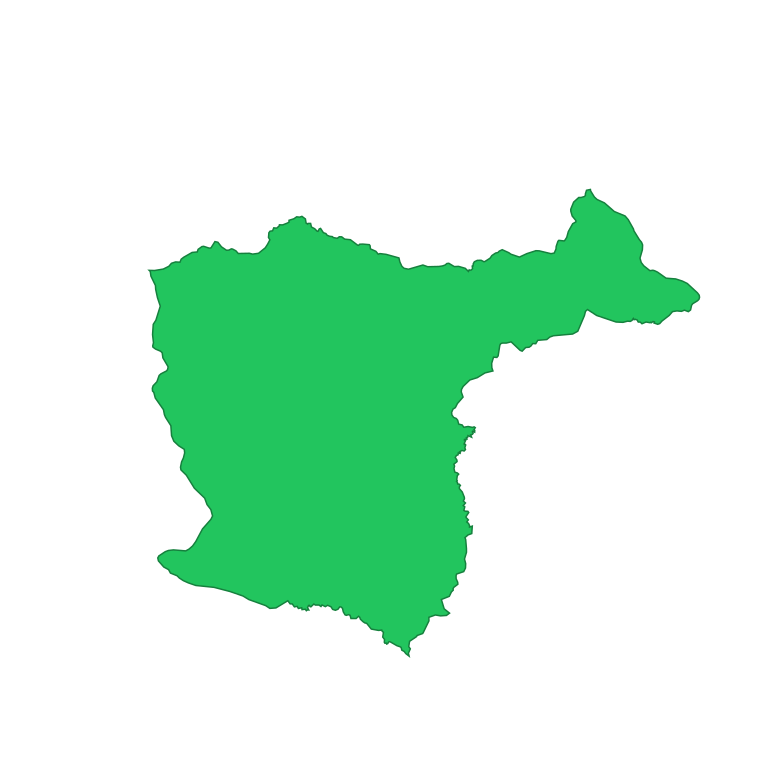 the district of Riosucio, Caldas, Colombia, rotated 292°
{"feature_id": "7082276B83687707691324", "entity_name": "Riosucio", "entity_type": "district", "adm_level": 2, "iso_a3": "COL", "parent_name": "Colombia", "parent_adm1": "Caldas", "projection": "orthographic", "projection_center": [-75.735, 5.434], "detail": "fine", "context": "isolated", "style": "filled", "palette": "green", "viewbox_px": 768, "rotation_deg": 292, "n_neighbors": 0, "source": "geoboundaries", "source_scale": "gbopen_adm2", "svg_char_len": 6159}
<svg xmlns="http://www.w3.org/2000/svg" viewBox="0 0 768 768"><g transform="rotate(292 384 384)"><path d="M401.4,123.7L400.8,125.1L396.7,127.5L389.7,135.2L386.3,136.8L379.2,141.6L372.4,147.4L357.7,148.6L352.9,147.7L343.1,150.9L335.9,154.8L332.6,155.3L331.6,156.0L330.8,159.1L330.7,164.6L329.9,166.6L325.4,169.2L319.1,177.4L316.5,177.9L314.7,177.5L309.8,173.3L307.7,172.3L301.0,172.6L295.9,170.6L293.3,170.8L290.8,172.0L290.0,173.7L285.3,177.2L277.6,189.1L273.3,191.9L271.2,194.0L265.5,202.0L256.5,206.4L252.2,210.6L249.8,216.8L248.6,223.3L245.4,225.0L240.3,225.7L235.9,225.5L230.6,226.5L228.3,227.9L225.4,234.9L216.3,247.3L211.0,260.5L205.9,265.1L202.7,270.5L197.4,274.5L193.6,274.2L181.6,270.0L167.5,268.5L162.1,267.2L157.8,265.0L155.0,262.7L151.3,250.9L148.9,246.5L146.6,244.0L140.4,239.7L138.0,239.4L135.5,241.1L131.8,248.4L131.2,253.8L128.7,256.8L128.7,264.0L127.4,267.0L126.5,271.7L126.3,277.1L126.7,285.0L131.8,302.6L133.9,318.9L134.6,332.6L133.5,339.5L134.2,357.3L133.2,362.2L135.9,367.7L147.0,376.0L145.0,379.3L145.7,381.4L143.8,384.4L145.3,386.8L143.8,388.7L145.7,391.5L144.1,392.5L145.7,395.4L144.7,396.9L145.9,397.7L146.3,398.9L148.0,396.9L150.4,397.0L150.8,397.7L149.9,398.9L150.0,399.7L153.7,401.4L153.3,403.1L154.7,406.5L154.1,408.9L155.9,409.3L155.6,413.0L157.7,414.6L157.6,418.3L155.8,420.8L156.0,423.7L157.9,425.7L160.7,426.4L161.2,427.5L160.5,429.5L157.5,431.6L155.4,434.3L155.4,435.7L156.9,437.6L156.8,439.2L154.2,441.2L156.1,446.0L159.1,447.4L158.6,448.9L157.1,450.2L155.8,453.5L155.3,455.7L155.6,457.6L152.0,464.0L153.5,471.3L155.0,474.1L154.0,475.0L153.6,476.5L148.9,477.6L147.3,480.2L144.7,481.0L144.0,481.9L144.6,483.2L143.9,483.9L144.7,484.7L146.7,485.0L147.3,486.1L146.2,494.0L146.4,497.6L146.1,498.6L143.9,500.2L143.6,502.9L142.2,505.2L141.1,509.2L143.5,507.5L148.3,507.6L149.8,505.3L155.0,504.1L162.0,508.8L163.2,508.9L167.1,513.3L168.0,513.5L181.2,514.4L184.5,513.0L189.1,518.2L190.2,523.3L192.8,528.6L196.1,530.6L198.1,524.0L205.7,517.9L211.6,524.1L216.4,524.4L218.8,525.4L220.1,524.7L221.6,524.9L226.0,527.5L227.8,526.6L230.5,523.8L233.3,522.6L235.0,522.5L239.9,528.2L243.9,528.5L248.1,527.0L251.9,524.2L258.9,523.5L262.3,522.1L270.4,518.0L271.9,516.6L275.6,518.5L278.2,521.4L285.3,519.1L283.4,516.9L284.7,516.4L286.4,514.6L287.1,512.4L289.6,513.1L291.0,510.1L291.7,509.7L296.6,510.7L297.4,509.4L296.5,507.0L296.7,505.4L300.4,504.9L300.9,503.0L304.2,504.1L305.2,501.4L307.7,501.6L309.1,500.9L313.2,497.0L315.2,493.1L316.8,492.4L318.6,492.8L319.3,491.2L318.9,489.8L320.4,488.8L320.8,487.8L321.8,488.1L322.5,487.3L326.4,486.3L328.4,487.0L329.0,485.4L328.8,482.7L331.9,480.5L334.3,480.2L335.8,478.8L339.4,480.8L340.8,480.1L342.5,477.6L344.8,477.9L346.1,479.2L348.0,478.7L348.1,480.5L348.8,480.6L349.5,479.5L351.6,481.2L351.9,483.4L353.7,484.1L355.2,482.8L358.1,482.6L358.5,481.9L358.0,481.1L358.6,480.7L362.5,480.8L362.1,479.6L362.7,479.4L364.1,481.6L365.2,480.5L366.1,481.5L367.6,481.2L367.5,485.1L369.3,483.4L370.4,484.8L371.6,485.1L372.8,483.8L373.4,483.9L373.3,486.1L375.0,485.5L375.2,484.5L377.7,485.0L378.0,483.6L376.9,482.3L376.1,477.9L373.8,474.2L375.3,471.8L374.8,468.3L378.0,465.9L379.1,463.9L379.1,461.0L380.8,458.5L383.1,457.3L386.6,457.4L388.8,459.0L393.4,459.4L401.5,462.2L405.6,458.6L408.0,457.9L411.4,458.3L419.9,462.1L424.8,468.1L432.1,473.5L436.9,480.1L439.5,477.9L443.5,476.1L449.9,475.5L450.9,478.7L452.8,479.3L463.2,476.9L464.9,477.0L466.3,478.4L467.8,482.1L470.7,486.1L466.2,497.6L466.2,499.8L470.9,501.7L472.5,504.8L474.3,506.0L477.2,506.7L478.2,509.6L482.1,510.2L486.2,518.3L489.6,520.1L492.2,523.0L501.0,540.2L505.5,543.9L522.4,544.2L526.9,543.6L529.3,544.8L527.2,555.5L528.4,575.9L530.7,582.5L533.5,586.3L534.3,588.9L535.8,590.1L538.2,590.6L537.3,591.8L538.1,592.6L538.2,594.7L536.7,596.5L537.4,598.4L536.5,600.6L539.6,603.7L540.5,607.8L541.2,608.2L541.0,609.0L542.7,610.0L542.9,611.4L541.7,611.5L541.9,615.4L543.3,617.0L546.6,618.2L554.5,622.8L559.2,624.4L561.5,628.2L562.8,632.6L565.0,634.9L565.1,639.1L567.5,640.5L572.2,639.7L574.0,640.1L578.6,643.5L580.5,644.3L582.6,644.1L584.4,643.0L585.9,640.5L590.8,627.6L591.2,622.2L590.7,615.1L587.8,605.9L590.2,595.7L590.4,592.5L590.2,590.7L588.7,588.1L590.9,580.6L593.0,577.0L596.6,574.2L605.2,573.3L609.8,571.7L611.9,569.7L613.5,566.7L619.6,558.4L621.2,557.2L627.8,549.0L630.1,544.6L630.2,532.9L634.5,520.5L634.9,512.4L636.2,509.0L640.4,503.3L641.7,502.5L639.5,499.2L635.7,499.5L634.2,500.1L632.9,499.6L630.7,496.8L629.9,494.7L623.7,491.7L615.9,491.7L614.0,492.6L610.2,495.6L607.5,500.6L606.2,501.2L603.3,498.9L594.4,497.8L588.4,498.5L585.2,497.9L584.1,497.4L582.7,492.3L581.5,491.8L576.1,492.1L573.6,492.9L569.2,492.8L567.4,490.0L565.6,478.0L564.5,474.9L558.4,467.6L552.4,462.0L551.9,452.9L552.5,450.6L552.8,443.3L550.4,441.1L548.6,440.4L547.2,438.4L545.3,437.1L543.5,435.9L540.4,435.2L535.3,431.6L534.8,430.8L535.1,427.7L533.6,424.2L531.2,422.0L529.0,421.7L526.2,422.6L527.0,422.1L526.4,421.6L524.1,422.9L522.5,422.3L521.5,420.8L521.7,420.2L520.0,420.1L521.7,416.0L521.0,409.1L519.2,405.2L520.2,398.9L519.3,397.2L517.1,396.0L515.3,393.9L513.5,390.8L509.1,380.6L508.9,375.5L499.6,363.7L498.8,359.2L499.8,356.5L503.1,353.0L506.5,350.6L505.0,337.4L503.4,331.4L502.2,330.0L504.0,326.7L504.2,320.8L507.0,319.3L507.7,318.2L505.8,312.0L504.5,309.1L503.1,308.5L502.8,307.7L505.2,298.8L503.6,293.3L504.6,289.7L503.8,287.4L501.6,286.1L500.8,282.3L501.3,280.8L500.6,278.3L500.6,275.6L501.7,273.8L501.6,271.1L504.5,266.9L503.6,265.9L500.8,265.6L500.6,264.8L502.0,261.6L502.4,257.9L505.4,255.8L504.5,253.5L503.7,253.3L504.0,251.5L507.6,249.3L508.7,245.1L507.1,243.3L506.3,240.4L503.4,238.5L500.2,234.6L498.5,235.3L497.2,234.3L493.6,230.5L492.4,227.4L491.2,227.6L488.3,226.1L487.5,223.3L484.3,223.3L483.0,221.1L481.1,220.6L476.6,222.0L474.9,224.2L469.9,223.7L465.8,222.9L458.2,218.7L455.2,213.5L454.8,210.3L450.4,200.0L452.0,196.8L452.4,193.1L452.1,191.8L450.0,190.0L449.0,187.9L450.3,181.9L453.2,176.9L452.7,173.9L445.4,172.6L444.5,171.1L444.1,165.2L443.2,163.7L439.2,161.2L436.5,161.4L434.1,156.8L426.5,150.8L423.7,149.2L420.5,149.2L419.1,145.0L416.3,141.7L412.5,140.4L407.9,136.3L403.3,128.8L401.4,123.7Z" fill="#22c55e" stroke="#15803d" stroke-width="1.5"/></g></svg>